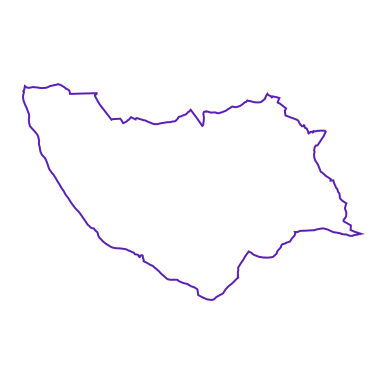 the district of Darjiu, Harghita, Romania
{"feature_id": "2599482B71021034513413", "entity_name": "Darjiu", "entity_type": "district", "adm_level": 2, "iso_a3": "ROU", "parent_name": "Romania", "parent_adm1": "Harghita", "projection": "robinson", "projection_center": [25.165, 46.198], "detail": "fine", "context": "isolated", "style": "outline", "palette": "violet", "viewbox_px": 384, "rotation_deg": 0, "n_neighbors": 0, "source": "geoboundaries", "source_scale": "gbopen_adm2", "svg_char_len": 5866}
<svg xmlns="http://www.w3.org/2000/svg" viewBox="0 0 384 384"><path d="M238.3,277.5L237.7,276.0L238.0,275.5L238.1,275.0L237.8,272.2L237.9,271.7L238.2,270.8L238.3,270.0L238.2,268.6L238.1,267.7L240.8,263.3L243.4,259.6L245.0,256.6L248.7,251.5L250.3,252.2L251.7,253.0L252.9,254.2L254.0,254.9L259.3,256.9L263.3,257.5L264.9,257.5L267.0,257.7L271.2,257.3L272.7,257.0L273.5,256.5L276.6,253.6L276.7,253.3L277.0,252.0L277.3,251.5L277.7,250.8L280.4,247.8L280.9,247.2L281.3,245.5L282.1,244.4L282.8,244.1L284.9,243.5L286.7,242.6L289.3,241.8L289.9,241.5L290.3,241.0L292.1,238.2L293.6,236.7L294.6,235.5L294.8,234.9L295.3,233.1L294.9,232.0L296.3,232.1L297.0,232.0L298.4,231.7L299.8,230.9L307.2,230.6L309.7,230.4L314.5,230.2L315.4,229.8L318.1,229.1L321.1,228.6L322.0,228.6L322.6,228.4L323.5,228.4L327.9,229.6L332.3,231.7L333.7,232.2L336.6,232.6L341.0,233.5L341.5,234.0L345.0,234.5L346.1,234.4L349.3,235.7L352.1,235.9L353.9,235.2L355.3,234.9L356.8,234.7L361.0,233.8L354.8,231.8L350.6,230.0L350.9,225.4L343.6,221.3L343.7,219.8L345.2,217.8L346.0,216.6L346.2,215.5L346.3,212.2L345.9,211.0L345.3,209.7L345.0,208.0L345.6,205.6L346.4,203.4L342.3,200.7L340.3,198.7L339.7,197.6L339.8,196.4L339.5,194.1L339.4,193.6L339.1,193.1L338.4,192.4L337.9,191.2L337.2,188.8L336.1,187.8L333.7,182.1L333.4,180.4L330.6,180.6L330.9,179.3L330.8,179.1L329.0,178.0L327.6,177.0L326.2,176.2L323.0,173.3L321.9,172.4L321.1,172.0L320.7,171.6L317.9,164.5L315.3,160.6L314.3,157.7L314.0,154.4L314.6,151.9L314.1,150.4L314.8,146.9L316.0,145.5L317.6,145.3L323.5,136.4L325.7,131.7L325.1,130.9L323.9,130.7L320.6,130.6L319.2,130.8L317.1,130.9L316.4,131.1L315.8,131.2L315.3,131.4L313.4,131.1L313.2,131.3L313.6,131.7L313.3,132.3L312.6,132.5L312.2,132.2L312.0,131.9L311.4,131.8L311.1,131.8L310.4,132.0L310.2,132.4L309.9,132.6L309.2,133.0L308.7,133.5L308.3,133.1L308.2,131.5L307.4,130.2L306.8,128.6L306.6,128.4L306.0,128.2L305.2,128.0L304.7,127.3L304.5,126.8L304.6,126.1L303.9,125.2L303.2,126.0L302.3,126.3L301.9,126.2L301.4,125.5L300.3,124.7L300.3,124.4L298.9,122.2L298.3,120.7L296.9,119.7L285.5,115.5L284.8,110.9L285.7,109.4L286.1,108.4L279.5,103.3L278.3,103.0L277.6,102.2L279.4,98.0L275.8,97.0L272.3,96.4L271.9,97.5L272.0,98.2L271.3,96.5L268.3,95.0L267.9,94.5L267.9,94.8L267.0,94.4L266.9,94.5L266.2,95.8L265.5,97.3L265.2,97.8L265.1,98.7L262.1,101.2L260.8,102.1L259.0,102.4L256.1,102.4L253.8,102.1L250.7,101.2L248.1,100.8L247.5,100.5L247.0,100.7L246.2,101.9L244.6,102.4L242.7,104.1L240.7,105.6L239.4,106.2L236.4,107.1L234.7,107.1L232.7,106.6L232.0,106.7L227.4,109.6L226.1,110.6L221.5,112.4L218.4,113.3L217.2,113.1L216.4,112.9L216.0,112.5L213.6,112.4L212.0,112.6L210.7,112.6L209.8,112.2L206.2,111.3L205.9,111.7L205.7,111.6L205.3,111.6L204.2,111.7L203.6,112.6L203.4,113.7L203.9,117.6L203.7,121.4L203.4,123.1L203.1,125.1L202.9,125.5L202.3,125.9L195.9,116.7L194.9,115.5L190.7,109.8L190.1,110.4L189.1,111.6L188.2,112.0L186.2,114.2L181.8,115.9L180.9,116.4L180.3,116.5L178.6,117.0L178.1,117.8L177.9,118.5L175.5,121.0L174.5,121.4L172.7,121.5L170.0,122.2L167.1,122.2L165.1,122.6L161.8,123.1L158.5,123.8L158.1,124.0L157.0,124.2L154.1,124.1L152.7,123.7L152.0,123.3L147.8,121.7L145.2,120.4L143.7,120.3L142.4,119.8L139.6,119.0L137.1,118.1L136.3,118.2L135.9,118.6L135.6,119.4L130.9,117.2L129.0,119.6L128.4,120.0L127.4,120.4L127.3,120.7L126.3,121.7L123.2,123.2L121.5,120.3L120.2,118.7L112.3,119.2L111.5,119.7L100.3,105.2L99.1,103.5L95.4,96.9L95.0,95.9L95.0,95.2L95.3,94.5L95.8,94.5L96.0,94.4L96.1,94.1L96.4,94.1L96.6,93.9L96.6,93.2L79.9,93.6L71.3,93.9L69.9,93.8L70.0,93.0L69.5,91.5L69.4,90.8L68.7,90.0L66.8,89.0L66.0,88.7L64.2,87.1L63.0,86.4L61.6,85.5L59.8,84.6L58.9,84.5L58.1,84.1L57.7,84.4L56.3,84.7L55.9,84.9L54.3,85.1L51.6,85.8L50.6,85.8L49.9,86.1L47.8,87.2L46.5,87.7L42.6,88.1L40.3,88.0L36.8,87.4L34.9,87.3L33.0,87.0L32.8,87.1L29.2,87.8L28.3,87.8L26.7,87.4L26.1,87.1L24.9,86.1L24.5,88.4L24.1,90.1L23.6,90.5L23.7,91.1L23.5,91.4L23.7,91.5L23.9,92.0L23.9,92.5L23.2,95.1L23.0,97.3L23.5,100.6L23.9,101.6L24.3,102.5L24.6,103.6L26.5,107.7L28.4,112.7L28.8,113.6L29.1,115.4L29.2,117.4L28.9,118.4L28.8,120.0L29.2,123.1L29.9,126.1L32.2,128.7L34.3,130.9L35.8,132.7L37.1,134.4L37.8,135.7L38.4,137.2L38.5,138.3L38.8,139.1L39.1,140.9L39.1,141.5L38.9,143.3L38.9,144.0L39.7,147.1L40.0,149.4L40.5,151.7L41.5,154.0L42.4,155.4L43.0,155.9L44.7,157.8L45.8,159.6L46.8,162.1L48.0,165.4L48.3,166.6L48.7,167.7L49.1,168.7L49.6,169.7L50.8,171.3L51.8,172.8L53.5,174.6L54.8,176.8L55.4,177.7L58.2,182.5L59.6,184.6L60.2,185.8L62.0,188.7L63.6,190.9L65.5,194.5L66.4,195.8L67.7,197.3L68.4,198.3L69.8,200.6L71.5,203.2L74.9,207.8L77.1,210.2L79.2,212.3L84.1,219.3L87.4,224.2L88.0,225.0L89.3,225.9L90.1,227.0L91.4,228.0L94.1,228.6L94.6,229.7L95.3,230.3L95.6,230.8L97.1,232.0L97.6,232.8L97.6,233.0L97.9,233.9L98.2,235.4L99.2,237.4L99.7,238.0L101.1,239.4L102.3,240.7L103.3,241.7L105.7,243.6L107.4,244.7L109.3,245.8L110.2,246.5L112.7,247.6L115.7,248.2L119.8,248.4L124.8,249.0L126.3,249.4L127.1,249.7L128.5,250.6L129.7,250.8L132.2,252.1L134.0,252.8L134.4,253.4L134.6,254.0L135.0,254.3L135.7,254.4L137.2,254.6L137.9,254.8L138.5,255.5L138.6,256.0L138.8,256.5L139.4,256.9L139.7,257.0L140.0,256.8L140.1,255.7L140.3,255.5L141.2,255.5L142.0,255.2L142.4,255.3L142.7,255.7L143.0,258.1L143.5,259.2L143.7,260.0L143.7,260.4L143.5,260.9L143.6,261.3L146.9,262.8L150.0,264.7L152.6,265.8L153.2,266.3L155.2,268.1L157.0,269.5L159.1,271.4L160.7,273.2L162.5,274.9L163.4,275.6L166.9,278.7L167.5,279.1L168.4,279.4L170.6,279.8L175.5,279.7L177.2,279.8L177.6,279.9L178.8,281.1L179.9,281.6L182.7,282.8L184.4,283.3L186.7,283.8L187.8,284.1L188.3,284.7L189.2,285.1L190.7,286.1L194.5,287.4L197.1,289.1L197.5,289.5L198.2,295.0L201.4,296.8L204.6,298.3L207.0,299.3L208.7,299.6L211.1,299.9L212.7,299.8L214.2,299.2L215.6,297.7L216.6,296.9L221.8,294.1L223.2,293.2L224.1,291.7L225.8,289.1L227.6,287.2L229.1,285.7L231.5,284.0L234.1,281.5L236.7,278.8L238.3,277.5Z" fill="none" stroke="#5b21b6" stroke-width="2"/></svg>